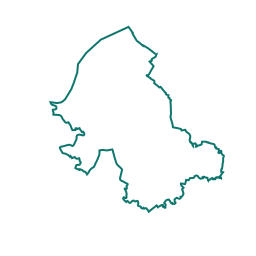 the district of Yen Lac, Vĩnh Phúc, Vietnam, rotated 150°
{"feature_id": "81297802B65483274658502", "entity_name": "Yen Lac", "entity_type": "district", "adm_level": 2, "iso_a3": "VNM", "parent_name": "Vietnam", "parent_adm1": "Vĩnh Phúc", "projection": "robinson", "projection_center": [105.577, 21.22], "detail": "fine", "context": "isolated", "style": "outline", "palette": "teal", "viewbox_px": 256, "rotation_deg": 150, "n_neighbors": 0, "source": "geoboundaries", "source_scale": "gbopen_adm2", "svg_char_len": 5651}
<svg xmlns="http://www.w3.org/2000/svg" viewBox="0 0 256 256"><g transform="rotate(150 128 128)"><path d="M163.6,62.1L162.7,62.1L160.8,62.7L159.7,62.5L159.3,62.2L158.9,61.2L158.5,60.8L156.9,60.4L156.3,60.2L156.1,59.8L156.4,58.3L156.7,57.7L158.0,56.2L158.0,55.3L156.3,53.5L156.2,52.9L156.5,52.2L156.0,51.5L155.6,50.9L155.2,50.7L154.6,51.1L154.4,51.1L154.3,50.3L154.2,50.0L153.3,49.9L152.4,49.5L151.8,46.9L151.9,45.1L149.2,45.6L141.9,46.6L141.8,44.4L141.2,44.5L137.6,44.5L136.4,44.1L136.7,43.2L137.1,42.8L137.1,42.5L137.0,42.1L136.8,42.2L136.7,42.3L136.3,42.4L136.1,42.0L136.0,40.6L135.8,40.3L135.5,40.3L135.3,40.4L135.2,40.7L135.1,41.3L133.7,42.7L133.7,43.5L134.1,44.4L134.1,44.7L133.8,45.3L131.6,46.1L130.8,46.3L129.9,46.2L129.4,46.1L128.4,45.6L128.4,44.7L128.2,44.1L128.2,41.2L128.0,40.9L127.1,40.9L127.0,40.5L127.2,40.2L127.2,39.8L126.4,39.7L125.8,39.1L125.4,39.0L124.2,39.4L124.2,41.3L123.5,42.8L122.2,43.1L120.7,43.2L119.4,41.5L118.9,41.0L118.3,40.9L117.7,40.9L117.1,41.1L116.7,41.6L116.7,42.1L115.8,41.7L114.6,42.1L113.7,42.7L112.8,43.3L112.0,46.4L112.0,47.4L111.7,48.0L110.8,48.1L109.7,48.5L109.8,48.9L110.5,51.2L110.5,51.5L110.3,52.7L109.9,53.4L109.3,52.9L108.1,52.2L107.1,51.0L106.6,50.9L105.4,52.0L103.6,54.0L101.7,52.5L101.4,52.5L101.1,52.6L100.0,53.3L99.5,53.6L98.9,53.4L97.2,52.4L95.7,52.0L94.7,52.6L94.5,52.9L93.1,52.9L91.9,52.2L91.7,51.8L91.4,49.4L90.8,48.1L90.4,47.7L88.2,47.1L88.1,48.1L87.4,48.1L87.0,48.1L86.3,47.4L85.8,46.6L84.1,45.1L84.6,43.8L84.8,42.9L84.8,42.5L84.6,42.7L84.4,42.7L83.8,42.3L83.5,42.2L82.0,42.6L81.6,42.6L81.1,42.5L80.1,42.6L79.9,42.3L80.0,42.1L80.3,41.7L80.3,41.3L79.8,40.9L78.7,40.9L78.5,40.2L78.1,40.0L77.9,40.0L77.4,40.5L77.2,41.0L76.5,41.1L76.1,41.1L75.9,40.6L75.6,40.3L74.6,40.5L74.2,40.2L74.0,39.7L73.9,38.9L73.3,38.7L72.9,38.4L72.6,38.1L72.5,37.9L72.2,38.3L72.2,38.7L72.4,39.4L73.0,40.0L67.8,42.2L69.2,43.5L67.7,45.7L67.0,45.7L65.2,47.9L63.7,50.0L62.3,51.5L61.0,53.8L60.2,54.8L59.7,55.1L58.9,55.9L59.0,56.6L59.5,57.5L59.7,58.3L59.7,59.1L59.7,59.4L58.9,61.0L58.8,61.7L59.0,61.8L59.3,61.6L60.2,60.7L61.5,60.6L62.0,61.2L62.0,61.5L60.6,63.1L59.9,64.1L60.2,64.6L61.0,65.3L61.7,65.8L61.9,66.0L61.9,66.4L61.3,67.1L62.1,67.6L61.6,69.9L61.4,70.3L61.8,71.2L65.3,74.4L65.3,75.1L66.6,75.8L66.7,76.5L68.0,77.6L70.7,79.1L72.5,77.0L73.5,77.1L75.6,77.5L76.0,77.7L76.3,78.0L76.9,77.9L77.9,77.5L78.6,77.9L77.5,79.0L77.3,79.8L77.3,80.8L77.8,81.3L80.0,81.4L80.7,80.0L80.8,80.5L80.2,82.8L80.4,84.0L81.0,84.5L81.1,84.4L81.2,84.7L80.9,85.5L80.9,86.3L80.7,86.7L78.8,88.8L78.2,89.7L78.0,90.2L77.9,91.0L78.0,92.5L79.4,95.5L79.4,97.0L79.3,97.8L82.8,99.1L82.7,100.7L84.8,102.8L88.2,105.7L88.7,106.2L87.6,108.9L86.8,112.1L86.1,115.2L85.7,116.2L83.3,119.4L82.3,121.4L80.6,124.4L78.7,128.2L78.2,129.5L77.6,129.9L77.1,130.0L76.9,130.2L76.8,130.5L77.5,131.9L77.5,132.2L77.0,133.1L77.8,134.3L76.6,136.2L78.1,137.8L78.2,138.7L77.6,139.3L78.1,140.5L79.2,147.3L80.6,147.5L81.2,149.5L82.9,153.8L81.7,155.3L81.9,156.4L83.7,159.2L83.6,160.0L85.6,163.7L85.6,164.1L85.5,164.3L85.2,164.3L83.5,163.8L82.9,164.0L78.2,166.9L76.7,167.7L74.9,168.8L76.1,174.7L75.2,174.8L74.1,174.3L73.6,174.6L73.3,175.1L73.3,175.5L72.9,175.8L72.3,175.9L70.7,175.8L70.1,175.8L68.5,176.0L67.9,176.3L66.7,177.4L66.8,177.4L70.7,186.9L73.5,191.9L73.9,191.6L75.6,196.4L76.4,198.1L76.7,198.9L76.8,199.5L76.9,205.2L76.8,207.9L76.3,208.0L77.0,215.3L107.3,218.1L126.7,213.9L139.4,208.3L144.3,201.3L153.1,193.6L157.8,189.9L168.3,184.2L172.6,183.5L176.9,185.0L182.2,189.1L182.5,187.8L182.4,186.8L182.1,186.0L179.7,183.4L179.6,182.9L179.5,182.4L179.7,181.6L180.1,181.0L180.6,180.5L181.0,180.4L181.4,180.4L182.3,180.7L184.0,181.4L184.2,181.2L184.4,180.7L184.6,179.9L184.8,178.4L185.0,178.0L186.0,177.0L184.9,176.1L181.4,173.9L180.7,173.1L180.2,172.4L179.9,171.6L179.9,169.9L180.1,168.9L179.5,164.6L179.3,163.9L178.7,163.3L176.7,162.7L176.6,162.4L176.8,161.8L176.8,160.9L176.5,159.8L176.6,158.4L177.0,156.3L177.2,153.9L174.6,152.6L173.6,153.9L172.9,153.6L173.1,153.1L173.0,152.8L172.8,152.6L170.1,152.1L170.2,151.2L170.1,149.9L170.0,148.1L169.8,147.1L169.6,147.0L169.4,146.9L168.7,147.1L168.6,146.1L168.6,145.3L168.9,144.6L169.3,144.1L169.7,143.9L170.1,143.9L170.6,144.0L172.7,146.0L173.6,146.7L174.7,147.0L175.6,147.1L176.6,146.6L177.6,144.9L178.7,143.7L181.1,142.0L183.4,140.5L184.2,140.1L184.9,140.1L185.3,140.5L186.4,142.0L187.0,142.7L188.0,143.2L193.7,144.7L195.6,145.3L196.3,145.4L196.8,145.1L197.1,144.6L197.2,139.5L197.0,138.8L194.8,136.8L193.8,135.2L193.1,133.9L192.8,132.6L192.1,132.7L192.3,131.6L191.5,131.5L191.5,129.9L189.4,129.6L188.7,129.5L188.5,127.9L187.1,126.6L186.1,126.3L185.5,126.3L185.5,125.5L186.3,123.6L186.3,123.2L186.0,122.5L186.1,122.1L186.9,121.1L188.0,120.5L188.5,120.5L188.9,120.6L190.4,121.4L191.0,121.6L191.4,121.6L193.6,119.7L192.7,118.1L191.0,116.0L190.6,116.6L189.9,116.0L189.3,115.3L188.7,114.4L188.3,113.1L188.2,112.6L188.1,112.4L187.3,112.0L186.7,110.9L186.7,108.3L185.4,108.8L183.8,109.5L182.6,110.4L180.0,111.2L176.7,111.4L175.1,112.7L169.9,116.2L166.2,119.2L165.2,120.6L163.9,122.9L160.8,121.6L159.7,120.8L158.0,119.5L157.0,118.9L152.3,117.3L152.3,116.9L154.2,109.7L155.6,103.7L155.7,102.2L155.6,101.5L154.0,96.0L154.0,94.8L155.7,93.0L158.1,90.5L160.1,88.4L160.4,87.8L160.5,86.7L160.4,86.3L156.4,79.9L156.3,79.6L156.5,79.3L157.7,78.6L158.2,78.5L158.5,78.2L158.8,77.1L159.2,76.3L159.5,76.1L160.0,76.0L160.3,76.3L161.1,77.1L161.3,77.0L161.2,76.6L161.4,75.8L161.4,74.1L161.6,73.0L162.4,71.2L163.1,70.4L164.0,68.6L164.3,68.4L164.9,68.3L165.4,68.8L165.9,69.7L166.2,70.1L167.1,69.8L167.5,69.4L167.5,68.2L167.2,66.8L166.5,64.8L165.8,65.1L165.0,65.1L164.7,64.5L164.5,63.3L164.0,62.3L163.6,62.1Z" fill="none" stroke="#0f766e" stroke-width="2"/></g></svg>